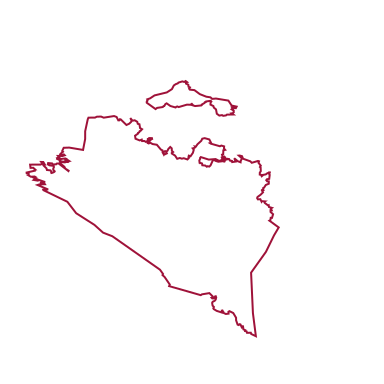 Levanger nor, Nord-Trøndelag, Norway (Mercator projection), rotated 40°
{"feature_id": "86288312B82574062898212", "entity_name": "Levanger nor", "entity_type": "district", "adm_level": 2, "iso_a3": "NOR", "parent_name": "Norway", "parent_adm1": "Nord-Trøndelag", "projection": "mercator", "projection_center": [11.15, 63.689], "detail": "fine", "context": "isolated", "style": "outline", "palette": "rose", "viewbox_px": 384, "rotation_deg": 40, "n_neighbors": 0, "source": "geoboundaries", "source_scale": "gbopen_adm2", "svg_char_len": 5971}
<svg xmlns="http://www.w3.org/2000/svg" viewBox="0 0 384 384"><g transform="rotate(40 192 192)"><path d="M242.7,132.3L240.5,128.9L239.9,128.7L240.4,129.3L240.2,129.5L240.4,129.3L238.7,127.8L238.4,128.2L239.0,127.2L239.8,126.6L239.0,126.9L237.6,129.3L237.2,131.1L235.2,133.5L235.5,133.9L235.3,135.1L233.8,134.5L232.7,135.1L231.5,133.6L231.3,131.8L228.7,129.0L227.9,129.2L227.2,129.1L227.8,129.0L227.7,127.6L224.2,126.9L223.6,125.4L222.6,125.8L219.0,131.2L217.0,131.0L209.7,133.7L207.3,132.4L205.1,133.4L204.5,134.0L208.6,134.1L209.4,137.0L210.1,138.0L207.3,139.0L202.7,139.0L205.9,140.6L203.6,143.2L202.7,142.5L202.3,142.7L203.0,143.3L201.7,143.0L200.7,143.6L199.3,142.9L197.5,144.0L197.3,144.3L197.8,144.6L197.3,145.3L195.4,145.7L197.1,147.0L197.3,147.8L197.0,148.0L196.3,146.6L195.2,146.0L195.1,144.2L194.2,144.2L194.4,144.8L193.8,145.5L194.2,146.5L195.2,146.8L195.0,148.0L195.6,148.8L192.7,151.9L190.5,152.8L190.3,151.8L190.2,152.8L187.8,153.4L187.8,155.0L189.1,159.7L188.9,161.4L187.4,162.2L187.1,163.1L185.2,163.2L182.7,164.9L181.4,163.7L179.8,164.3L179.3,164.7L179.4,165.0L179.4,165.7L179.3,165.0L177.3,163.1L176.9,161.4L176.3,160.7L176.3,159.6L184.0,156.4L188.9,151.6L192.9,150.7L194.2,148.3L194.0,147.2L192.6,146.4L193.1,145.4L191.0,144.1L191.6,143.0L189.2,139.9L190.3,138.4L188.5,138.1L187.3,136.4L184.6,137.6L184.0,139.0L175.3,142.9L174.4,143.0L175.0,142.1L171.5,140.6L167.1,142.6L165.6,144.6L166.2,146.8L165.5,152.0L165.8,154.7L165.2,155.1L165.7,155.2L165.6,156.5L164.5,158.1L166.2,158.5L167.5,161.4L167.9,165.5L166.2,166.2L166.9,167.6L167.7,167.7L167.6,170.0L164.0,171.4L162.8,173.0L160.8,173.8L159.3,176.1L155.6,175.0L151.8,175.5L151.4,175.1L151.8,173.5L150.1,173.4L148.4,171.6L146.4,171.5L146.2,174.2L146.7,176.1L146.5,177.1L145.0,178.2L146.0,177.8L147.9,178.6L146.7,181.2L146.7,180.7L146.1,180.7L146.3,181.4L144.1,180.5L145.0,178.8L144.8,178.6L144.0,180.3L142.6,179.1L140.9,179.5L134.7,178.4L131.0,180.6L127.9,181.2L127.5,181.5L127.9,182.0L127.7,182.6L126.5,183.0L125.2,181.8L126.7,180.0L126.5,179.4L126.8,179.0L126.0,178.4L127.3,177.0L126.7,176.5L124.5,178.2L124.4,179.1L124.9,179.5L124.2,179.9L125.2,181.2L124.4,183.3L122.8,183.5L121.0,185.1L120.6,184.9L121.0,184.9L121.3,184.5L120.5,184.8L119.8,184.2L118.8,186.1L114.5,187.5L112.2,185.5L113.1,182.0L112.7,181.5L113.2,180.1L112.8,179.0L113.3,178.2L113.4,176.0L111.1,176.4L108.2,173.9L106.6,174.6L104.9,173.4L102.0,173.9L100.6,175.6L97.2,175.0L99.9,176.2L100.3,177.4L100.0,180.1L98.7,182.8L90.7,182.2L90.0,182.6L90.3,183.8L89.5,184.5L86.0,183.0L83.5,183.9L76.6,191.8L73.8,192.7L70.7,195.5L69.9,197.3L64.9,201.6L65.4,203.3L71.1,214.1L76.1,220.1L81.5,229.8L69.4,236.9L65.3,240.6L66.2,244.0L67.3,244.1L66.7,247.5L66.9,248.1L68.8,247.1L69.6,245.6L70.9,245.7L69.7,247.6L66.3,250.4L67.8,250.6L67.3,251.5L68.1,251.5L67.5,252.3L68.4,252.2L66.5,253.6L71.1,252.3L70.1,251.2L73.4,247.7L74.8,247.3L75.3,247.9L73.9,249.8L76.3,247.4L78.0,247.2L77.5,247.8L77.9,248.3L77.7,248.8L75.0,250.7L75.8,250.7L75.6,251.0L71.6,253.8L73.1,254.7L78.0,254.7L79.9,255.5L83.8,255.0L83.9,255.4L71.4,255.9L70.1,257.2L70.1,258.2L69.0,259.1L68.7,260.2L66.5,260.0L63.2,262.3L63.8,263.5L65.6,263.2L69.1,261.0L70.2,261.6L70.7,263.3L71.5,264.2L73.5,264.4L73.6,265.0L72.9,266.7L71.6,268.5L72.0,267.1L69.7,266.4L66.7,268.4L65.3,267.4L61.0,267.1L60.4,266.6L61.6,265.6L58.8,264.6L57.2,265.9L59.2,266.4L58.3,268.4L50.4,275.1L52.8,277.3L54.8,275.5L57.6,275.6L57.2,276.1L57.9,276.7L52.8,283.4L53.2,283.8L54.8,282.6L56.0,283.9L55.7,284.4L58.7,283.9L61.5,281.3L62.3,281.2L61.0,282.9L66.7,281.3L64.1,282.7L63.1,283.9L63.0,284.5L66.6,282.4L67.3,281.0L73.1,278.8L69.6,282.7L73.3,280.3L74.3,280.6L70.2,284.3L69.2,285.9L80.2,282.5L76.6,285.9L77.0,286.1L102.8,279.6L116.9,282.7L138.4,279.9L150.0,280.3L159.4,277.1L217.4,272.1L222.5,273.4L222.8,274.6L225.6,274.7L234.5,277.2L235.0,278.8L265.0,265.4L265.4,264.0L270.3,258.3L275.2,258.7L275.6,259.4L275.0,260.4L275.9,260.5L277.0,259.6L277.4,258.2L276.8,257.2L277.2,256.6L278.3,257.2L279.3,259.2L279.3,260.8L278.4,262.8L278.7,264.0L280.8,265.8L282.7,266.0L283.1,267.4L283.9,267.7L287.3,267.2L292.9,264.9L292.9,264.0L291.7,264.3L291.1,263.7L291.5,263.2L294.1,264.3L296.3,263.7L298.2,261.7L296.9,260.3L297.3,259.2L301.4,258.2L306.6,260.0L308.2,261.9L312.2,264.3L313.3,263.9L313.3,262.8L314.2,262.3L317.4,263.8L317.9,263.0L316.7,262.6L317.4,262.1L319.7,264.2L321.7,263.6L322.1,264.4L323.4,263.7L324.7,264.5L327.5,262.0L328.6,262.7L333.6,261.4L316.5,245.6L289.1,215.8L287.1,190.3L282.7,172.5L281.2,163.4L269.7,164.2L270.1,163.1L268.9,161.2L269.9,160.4L268.4,156.9L265.0,156.8L263.9,155.5L264.8,154.8L263.1,154.0L263.4,152.8L260.6,154.0L259.2,152.8L258.9,153.4L254.8,153.6L253.6,153.0L253.8,152.4L251.4,154.1L251.5,154.7L249.0,153.6L247.2,155.3L245.8,154.8L245.4,153.7L246.3,150.0L246.6,146.6L244.9,146.0L245.4,145.0L244.5,145.0L244.8,144.0L244.0,143.2L244.4,142.3L244.0,139.2L245.5,136.3L244.0,134.5L242.7,135.5L241.3,135.2L241.2,134.1L242.7,132.3ZM171.3,97.9L166.8,100.3L161.1,98.6L150.3,105.0L147.6,107.7L145.3,107.6L141.7,109.8L135.1,112.0L128.4,112.4L124.5,115.0L123.4,114.7L123.2,113.2L121.7,113.6L120.2,112.2L117.7,112.8L117.0,112.0L117.6,111.0L115.8,111.1L115.3,112.7L113.5,113.5L111.3,116.9L111.3,117.9L110.2,119.9L109.6,122.1L110.5,126.1L108.7,131.9L101.2,142.1L99.7,147.2L98.2,149.7L98.9,149.9L98.9,150.9L99.4,151.3L99.4,152.2L100.0,152.7L110.8,151.9L111.2,150.0L115.0,145.7L115.0,144.5L115.5,144.0L115.1,141.7L115.6,140.4L120.2,140.0L125.1,137.8L125.2,136.8L125.8,135.9L127.2,135.5L132.0,128.3L134.6,126.3L135.2,124.6L136.0,124.7L135.7,125.6L139.1,124.2L143.5,119.7L143.6,119.0L143.3,118.7L144.4,115.7L144.1,115.0L144.8,114.1L144.6,113.6L147.7,110.1L148.7,110.3L148.7,111.5L150.0,113.2L153.1,112.4L154.5,113.3L157.3,113.3L160.7,116.1L163.8,115.9L165.6,113.8L166.9,113.6L168.8,111.5L169.0,110.3L173.8,106.1L171.9,106.2L172.6,105.4L172.7,104.0L171.7,103.1L172.4,102.8L169.6,103.1L169.9,102.6L169.2,102.6L169.3,101.6L168.8,101.5L171.7,99.6L171.3,97.9Z" fill="none" stroke="#9f1239" stroke-width="2"/></g></svg>